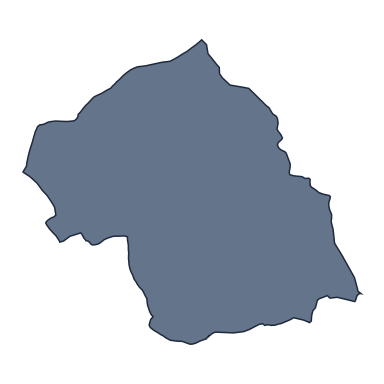 the district of Bengkulu Tengah, Bengkulu, Indonesia
{"feature_id": "22746128B16836972822517", "entity_name": "Bengkulu Tengah", "entity_type": "district", "adm_level": 2, "iso_a3": "IDN", "parent_name": "Indonesia", "parent_adm1": "Bengkulu", "projection": "mercator", "projection_center": [102.45, -3.678], "detail": "fine", "context": "isolated", "style": "filled", "palette": "slate", "viewbox_px": 384, "rotation_deg": 0, "n_neighbors": 0, "source": "geoboundaries", "source_scale": "gbopen_adm2", "svg_char_len": 5309}
<svg xmlns="http://www.w3.org/2000/svg" viewBox="0 0 384 384"><path d="M361.0,293.6L357.9,291.2L357.5,289.0L355.2,280.3L354.5,277.7L348.2,266.4L343.7,258.4L342.7,256.5L339.4,251.1L334.8,243.6L334.4,241.9L333.5,233.1L333.0,229.0L331.2,221.9L331.3,220.9L331.4,219.5L331.6,218.0L331.6,214.4L329.6,209.6L328.8,206.3L328.8,202.6L329.4,200.5L330.0,198.8L330.3,196.7L329.3,195.5L328.7,195.4L325.1,194.6L324.9,194.5L324.7,194.5L324.3,194.4L324.2,194.4L323.9,194.3L323.7,194.3L323.5,194.2L323.4,194.2L323.1,194.1L322.9,194.1L322.7,194.0L322.5,193.9L322.4,193.9L321.9,193.7L321.7,193.7L321.4,193.5L321.2,193.5L321.1,193.4L320.9,193.4L320.7,193.3L320.6,193.2L320.4,193.2L320.2,193.1L319.9,193.0L319.8,192.9L319.7,192.9L319.4,192.8L319.0,192.7L318.9,192.6L318.6,192.4L318.4,192.2L318.2,192.0L318.0,191.8L317.4,191.3L317.0,191.0L316.6,190.7L316.3,190.5L316.1,190.3L315.5,189.8L315.1,189.5L314.7,189.2L314.3,189.0L314.0,188.8L313.8,188.7L313.6,188.5L313.2,188.3L312.9,188.1L312.7,188.0L312.5,187.8L312.3,187.7L311.5,187.2L311.3,187.0L311.3,186.9L311.0,186.7L310.8,186.3L310.4,185.9L310.2,185.7L310.2,184.7L310.1,183.7L310.1,183.3L310.0,182.9L310.0,182.6L310.0,182.1L309.9,181.7L310.0,181.3L310.0,181.1L310.0,180.7L310.1,179.8L310.1,179.4L309.5,178.9L308.9,178.3L308.8,178.2L308.6,178.3L307.9,178.3L306.5,178.4L305.1,178.4L304.3,178.0L303.3,177.4L302.2,176.8L302.0,176.7L301.9,176.7L301.4,176.6L296.6,176.1L294.4,175.9L293.8,175.8L292.0,175.3L291.7,175.2L291.3,175.1L290.4,174.9L290.2,174.8L289.9,174.7L289.7,174.2L289.4,173.4L289.2,172.8L289.6,170.0L289.7,169.5L289.9,168.2L290.1,166.9L290.2,166.6L290.2,166.3L290.2,166.1L290.2,165.0L290.1,164.1L290.2,163.8L290.0,163.4L286.3,153.4L286.2,153.3L286.1,153.1L285.9,152.9L285.8,152.7L285.4,152.3L285.1,152.0L285.1,151.9L284.8,151.7L284.5,151.6L283.7,151.2L283.2,151.0L282.6,150.7L281.4,150.1L280.9,149.9L280.5,149.5L279.7,148.8L279.0,148.1L278.5,147.5L278.3,147.0L278.0,146.3L277.7,145.7L277.4,145.1L277.8,144.0L278.2,142.7L278.3,142.6L278.5,142.4L278.7,142.2L278.8,142.1L279.0,141.9L279.9,141.1L280.4,140.6L280.5,140.6L281.0,140.1L281.8,139.3L282.0,138.8L282.4,137.9L282.2,137.6L282.1,137.3L281.3,135.5L281.2,135.4L281.1,135.2L280.9,134.7L278.3,131.4L277.0,129.1L277.4,127.0L278.1,122.9L277.4,118.5L276.3,116.3L272.6,113.8L268.9,107.6L266.5,105.9L248.8,88.4L242.6,87.2L231.4,85.3L230.5,85.3L228.8,83.9L222.4,77.9L219.5,73.7L219.3,67.5L216.3,64.0L211.7,58.2L208.0,53.7L206.5,44.7L201.7,39.8L199.9,41.5L195.7,44.9L191.2,48.2L186.9,51.5L182.5,54.0L177.9,57.0L174.2,59.1L170.0,61.3L165.8,61.8L161.8,62.3L156.3,63.5L150.3,64.8L146.3,65.7L142.6,66.2L137.7,66.8L133.7,68.3L130.7,69.8L128.3,71.5L125.7,73.5L123.2,75.6L121.3,77.5L119.1,79.8L116.5,82.0L114.6,84.2L112.5,86.1L110.7,88.2L108.4,89.4L106.5,90.4L105.8,90.8L104.4,91.7L102.6,92.8L101.1,93.6L98.9,94.6L97.0,95.4L95.1,96.4L94.1,96.9L92.1,98.8L87.9,103.4L85.7,105.4L82.9,108.8L80.6,111.9L78.2,114.4L77.8,117.0L76.3,119.2L74.3,120.7L71.9,121.1L69.9,121.2L67.9,121.5L63.9,121.4L58.9,121.2L55.9,121.0L52.2,121.4L48.3,122.1L46.0,123.2L44.4,124.0L42.2,124.6L40.0,124.8L38.6,125.7L37.4,126.9L36.5,129.2L35.4,131.3L34.5,134.5L33.6,137.4L32.3,142.3L30.3,148.4L28.7,154.2L27.6,159.2L26.7,163.6L26.5,166.1L24.5,169.4L23.0,172.0L23.6,172.5L30.0,176.7L37.2,183.3L42.4,190.5L47.3,195.7L52.5,203.6L54.6,207.3L55.6,213.5L55.8,215.2L53.5,217.2L51.7,217.6L48.3,219.8L46.1,222.0L45.8,223.2L46.7,224.8L47.5,226.1L48.3,227.1L49.5,228.9L51.7,231.2L52.9,232.7L56.1,235.9L57.1,237.4L57.9,238.6L59.3,240.9L59.9,242.2L61.5,241.6L63.9,240.9L64.3,240.5L69.9,236.3L80.8,232.9L80.9,233.1L82.3,234.9L83.8,238.0L85.5,239.9L86.0,240.8L87.0,240.7L88.5,241.4L89.5,242.4L90.3,243.4L91.1,244.2L91.8,244.7L92.6,244.9L93.4,244.9L94.1,244.8L95.1,244.8L96.3,244.5L96.9,244.3L97.7,244.1L98.9,243.7L99.7,243.2L100.3,242.7L101.3,241.9L102.2,241.3L103.0,240.6L103.7,240.0L104.6,239.5L105.4,239.1L108.0,238.0L109.6,237.4L111.6,236.8L112.2,236.6L112.8,236.4L114.1,236.3L115.6,236.1L116.2,236.2L116.6,236.2L119.8,236.1L120.0,236.1L124.2,235.9L127.4,236.8L127.5,240.0L127.7,241.2L128.0,243.0L128.4,245.9L128.3,247.7L128.4,250.2L128.7,252.6L128.6,255.2L128.5,258.5L128.8,261.2L128.9,262.7L129.0,264.1L129.5,267.1L130.4,270.3L131.1,271.9L131.4,272.5L132.6,274.9L133.2,276.6L133.7,278.0L134.2,279.2L136.0,281.8L137.2,284.0L139.2,286.9L140.4,288.2L141.2,289.0L142.3,290.0L143.5,292.2L145.1,295.5L146.9,298.8L147.1,301.8L147.6,305.3L148.8,308.8L149.6,311.4L151.3,314.8L152.8,316.4L153.1,316.8L150.9,319.1L150.3,320.7L149.1,325.0L150.4,327.6L153.8,330.3L156.7,332.0L158.2,332.9L161.6,335.1L162.5,335.4L163.2,335.9L166.0,337.9L170.4,340.3L173.1,340.6L175.6,341.0L179.7,341.3L182.3,341.4L188.0,343.5L190.2,344.2L192.3,344.1L195.3,343.3L197.7,342.2L199.9,341.1L202.0,340.3L206.4,338.8L206.3,338.4L206.8,338.1L208.4,336.1L208.5,336.6L208.7,336.4L212.4,333.4L215.3,332.1L233.4,332.9L243.8,331.6L249.3,329.5L254.8,326.6L259.6,324.2L262.7,323.8L264.8,325.4L265.0,325.3L268.4,324.7L271.1,325.4L275.3,325.1L277.5,324.4L278.1,324.1L280.7,323.7L285.3,321.8L290.2,319.7L293.7,317.7L304.0,320.2L309.6,322.6L311.3,321.1L311.6,315.9L312.8,310.8L315.4,307.8L316.7,303.1L317.1,300.8L319.0,298.8L323.9,297.0L327.3,295.6L329.9,298.1L337.2,297.3L349.7,300.3L354.8,301.6L355.6,300.4L356.3,297.9L356.9,296.0L358.5,294.1L360.3,293.5L361.0,293.6Z" fill="#64748b" stroke="#1e293b" stroke-width="1.5"/></svg>